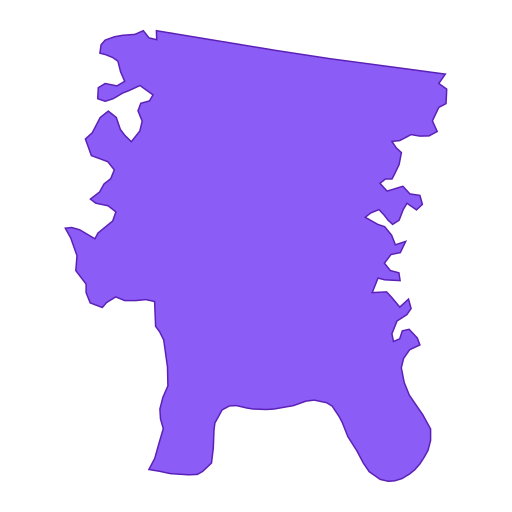 outline of Boa Vista da Aparecida, Paraná, Brazil
{"feature_id": "56859067B44765348514460", "entity_name": "Boa Vista da Aparecida", "entity_type": "district", "adm_level": 2, "iso_a3": "BRA", "parent_name": "Brazil", "parent_adm1": "Paraná", "projection": "natural_earth1", "projection_center": [-53.421, -25.443], "detail": "fine", "context": "isolated", "style": "filled", "palette": "violet", "viewbox_px": 512, "rotation_deg": 0, "n_neighbors": 0, "source": "geoboundaries", "source_scale": "gbopen_adm2", "svg_char_len": 2361}
<svg xmlns="http://www.w3.org/2000/svg" viewBox="0 0 512 512"><path d="M445.3,74.1L330.0,58.7L275.0,50.3L156.4,30.7L156.7,39.7L149.0,37.9L143.3,30.7L134.8,34.4L122.5,35.3L114.3,36.8L105.2,40.1L101.1,44.7L99.9,53.2L105.5,54.6L112.7,57.5L117.9,61.2L120.6,71.9L124.7,81.3L116.9,85.9L105.2,83.5L98.3,87.7L97.7,98.7L105.2,101.3L113.1,98.7L122.8,93.0L128.5,90.8L140.0,85.5L153.0,94.9L149.5,100.9L140.8,103.3L138.0,110.8L142.2,121.2L139.8,131.1L131.3,141.7L124.7,135.2L120.3,129.3L116.3,117.5L108.3,111.1L100.2,117.5L92.3,132.7L85.4,139.0L91.4,155.6L107.8,161.7L114.3,169.9L110.7,178.7L104.0,184.0L99.6,192.0L90.4,199.1L95.8,203.2L108.1,205.8L115.9,211.9L112.7,221.0L98.0,233.0L94.9,238.8L79.5,229.7L71.6,227.5L65.3,228.2L70.7,237.9L77.0,255.7L75.8,270.6L86.1,284.1L86.1,292.6L90.2,302.9L102.3,307.5L106.5,302.6L115.7,296.9L124.8,300.6L135.4,300.6L145.8,299.6L154.6,301.5L155.6,326.3L159.7,331.9L163.7,339.9L167.5,367.1L167.9,385.9L162.9,397.3L159.9,409.0L160.5,418.9L163.3,428.7L159.7,440.8L154.7,458.5L148.9,469.5L159.7,471.3L170.3,473.6L188.8,474.8L197.4,474.4L202.7,471.4L211.5,463.0L213.3,447.9L214.0,429.9L214.9,423.0L222.1,409.9L229.5,405.9L236.6,405.6L246.7,408.0L253.0,409.0L266.2,409.5L274.1,409.0L293.5,405.6L306.1,401.1L314.2,400.1L326.6,402.7L332.2,406.1L339.1,416.5L342.3,422.6L347.9,436.7L356.7,450.5L363.3,463.0L369.2,471.7L380.2,479.4L388.4,481.3L394.7,480.8L401.9,478.6L409.7,473.9L414.7,469.8L419.9,463.9L424.5,456.7L428.1,450.2L430.6,440.4L430.6,429.0L422.7,414.6L417.0,406.4L409.3,395.1L404.2,382.5L401.3,367.8L403.6,358.4L409.7,349.7L419.9,344.9L417.3,338.0L409.1,329.3L402.3,330.9L399.7,338.8L393.5,341.5L391.9,333.8L397.0,321.0L406.9,314.6L411.1,308.5L408.5,299.1L399.8,307.1L391.9,297.6L386.6,291.9L372.2,292.6L378.0,278.1L384.6,279.8L400.1,280.6L398.9,272.8L390.4,270.6L384.4,263.2L391.0,254.5L400.3,252.6L405.7,241.4L395.4,244.8L391.6,235.2L384.7,226.7L377.8,224.4L365.2,217.3L370.6,213.0L379.0,209.6L384.0,214.9L388.1,220.2L392.6,224.4L399.1,220.2L403.3,209.4L407.0,203.3L416.5,209.9L422.4,204.3L419.9,195.4L409.9,193.9L402.9,186.3L387.0,191.1L380.0,183.3L385.4,179.0L392.0,179.0L395.1,173.0L399.1,164.6L401.4,152.6L396.1,147.7L391.9,141.4L399.7,140.6L411.1,134.6L419.9,136.1L429.0,135.9L437.2,131.5L432.4,120.9L438.8,107.4L446.0,103.6L446.4,96.3L446.7,89.1L438.8,83.5L445.3,74.1Z" fill="#8b5cf6" stroke="#5b21b6" stroke-width="1.5"/></svg>